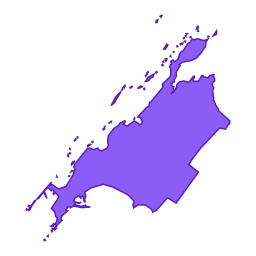 outline of Akraneskaupstaður, Vesturland, Iceland
{"feature_id": "244011B30892314657027", "entity_name": "Akraneskaupstaður", "entity_type": "district", "adm_level": 2, "iso_a3": "ISL", "parent_name": "Iceland", "parent_adm1": "Vesturland", "projection": "mercator", "projection_center": [-22.054, 64.332], "detail": "fine", "context": "isolated", "style": "filled", "palette": "violet", "viewbox_px": 256, "rotation_deg": 0, "n_neighbors": 0, "source": "geoboundaries", "source_scale": "gbopen_adm2", "svg_char_len": 5771}
<svg xmlns="http://www.w3.org/2000/svg" viewBox="0 0 256 256"><path d="M203.0,75.5L201.7,75.7L198.6,81.2L193.5,81.3L192.8,79.7L194.6,77.4L194.2,76.0L193.1,76.6L189.1,82.3L183.7,81.0L179.7,81.8L176.6,84.8L176.8,86.6L174.6,91.3L170.5,94.3L173.9,90.3L173.2,88.7L174.0,86.7L172.3,86.6L171.2,84.1L172.2,83.8L172.5,82.1L174.2,82.0L174.4,79.4L176.5,76.1L176.1,72.4L176.5,71.3L178.8,67.9L179.0,66.6L180.3,65.5L179.3,64.5L182.8,62.0L191.0,60.6L196.1,58.3L201.1,52.9L205.6,46.1L206.0,41.8L207.8,39.2L203.9,40.5L197.3,38.7L194.4,39.7L191.8,39.1L190.3,42.1L187.8,43.7L183.1,51.0L181.2,51.6L179.2,54.8L179.6,55.0L178.3,58.3L176.8,60.3L174.3,61.7L173.0,60.0L170.8,61.4L171.5,63.1L171.4,64.2L170.6,64.4L169.5,66.8L170.6,68.5L170.8,70.7L170.8,74.4L170.1,76.8L162.7,83.8L162.4,84.6L163.0,87.2L151.2,101.5L149.5,102.5L149.0,105.9L146.3,107.8L137.7,117.0L140.9,117.8L141.4,120.4L142.6,121.4L141.3,124.1L138.8,124.9L138.7,123.7L134.4,121.0L126.9,126.1L123.4,124.4L124.9,122.5L125.2,121.2L124.8,120.8L120.0,123.0L119.0,125.1L114.0,128.3L108.2,135.9L107.6,142.7L108.5,145.0L106.9,148.2L102.0,150.8L99.5,150.4L97.9,148.1L93.4,149.6L89.5,148.1L86.8,149.1L74.4,164.7L73.8,167.2L75.1,169.1L72.9,175.3L66.0,186.4L59.2,188.8L56.0,187.6L52.5,184.6L49.6,185.5L51.3,182.7L51.0,182.5L36.8,199.2L38.6,198.4L43.4,192.0L47.0,198.4L44.2,191.2L47.2,188.1L48.9,188.4L51.2,190.7L52.2,189.5L53.4,190.3L54.6,192.2L53.1,193.6L53.5,194.4L55.6,192.9L58.2,195.9L58.7,196.9L57.0,200.1L51.3,208.5L54.9,212.1L55.6,216.2L57.3,217.9L56.6,221.9L54.7,224.0L56.2,226.1L61.9,220.4L61.1,219.8L60.9,218.2L62.1,215.9L67.5,210.8L66.2,210.8L66.1,209.5L68.0,206.8L69.9,206.9L70.3,207.8L73.5,206.0L81.7,207.6L90.4,207.0L86.1,206.6L85.6,205.1L81.1,206.4L74.4,204.5L75.4,202.5L79.2,203.4L81.2,202.2L79.1,202.9L73.8,201.6L74.7,198.1L79.0,195.6L81.2,198.7L80.7,196.5L82.9,196.2L84.2,201.8L85.0,201.7L84.7,198.7L85.8,196.6L84.7,192.1L91.3,187.8L103.3,184.3L113.0,187.1L128.1,194.9L133.9,201.0L134.0,203.0L132.9,204.5L133.7,207.9L137.9,204.9L145.1,204.9L151.3,209.0L152.7,212.0L156.4,210.3L167.5,197.8L176.1,203.1L198.4,172.1L188.8,164.6L192.9,158.2L200.7,148.0L219.6,128.0L225.5,129.2L228.2,124.7L229.7,123.8L229.8,120.9L218.9,111.1L218.2,108.6L215.6,105.0L214.3,101.0L213.3,100.1L213.7,98.3L212.6,91.2L213.7,87.8L212.0,84.7L213.4,81.8L214.7,81.0L214.6,78.4L213.5,77.4L213.9,74.7L209.8,75.3L208.2,77.9L203.2,76.6L203.0,75.5ZM111.1,105.6L114.3,102.8L121.2,91.3L115.7,96.9L111.1,105.6ZM145.6,81.4L148.7,80.7L150.5,78.1L152.9,77.0L154.0,74.0L148.1,77.3L145.6,81.4ZM29.7,210.0L31.9,205.6L35.9,200.1L34.7,200.6L28.6,209.4L28.6,210.5L29.7,210.0ZM165.2,49.2L167.4,46.0L167.8,44.6L166.9,44.2L163.7,49.0L165.2,49.2ZM213.1,35.8L216.2,34.5L216.7,32.5L216.5,30.8L213.1,35.8ZM142.3,86.8L140.5,85.9L138.0,88.1L138.6,88.4L142.3,86.8ZM55.4,228.5L56.6,226.6L55.9,226.3L53.7,228.9L54.4,229.9L56.1,228.7L55.4,228.5ZM71.6,164.9L74.5,161.6L74.3,161.1L72.5,162.0L71.4,164.1L71.6,164.9ZM157.0,22.5L157.8,19.7L156.4,20.4L155.8,22.5L157.0,22.5ZM197.9,28.5L198.4,27.1L198.2,26.2L197.4,26.6L196.4,29.1L197.9,28.5ZM90.4,144.5L88.5,144.5L87.5,146.0L87.7,146.7L90.4,144.5ZM124.2,87.9L125.2,85.8L125.0,85.3L122.9,87.7L124.2,87.9ZM75.6,140.1L76.2,138.1L74.2,140.6L74.4,140.8L75.6,140.1ZM161.0,17.3L162.0,15.5L161.4,15.4L160.0,16.3L161.0,17.3ZM131.6,87.7L132.1,86.5L130.0,87.3L130.2,88.0L131.6,87.7ZM71.1,171.9L73.1,170.7L71.9,170.5L71.1,171.9ZM45.5,240.3L44.9,239.3L43.9,239.8L44.3,240.6L45.5,240.3ZM163.2,65.4L162.6,64.3L161.8,64.9L162.4,65.8L163.2,65.4ZM52.4,231.2L52.1,230.2L51.4,230.5L51.9,231.9L52.4,231.2ZM157.1,72.2L156.3,71.5L155.8,72.7L156.3,73.0L157.1,72.2ZM198.6,30.9L198.0,30.1L197.5,31.2L198.1,31.5L198.6,30.9ZM173.8,52.3L174.3,51.0L173.3,52.1L173.8,52.3ZM68.2,176.9L69.5,175.9L69.0,175.8L68.2,176.9ZM29.7,205.7L28.4,205.6L28.3,206.4L28.8,206.6L29.7,205.7ZM186.7,34.4L187.3,33.7L186.2,33.7L186.7,34.4ZM134.8,118.6L134.5,117.9L133.8,119.1L134.1,119.4L134.8,118.6ZM48.1,236.7L48.1,235.5L47.3,236.4L48.1,236.7ZM93.1,142.2L92.8,141.3L92.0,141.7L92.6,142.6L93.1,142.2ZM104.0,129.5L103.8,128.5L103.0,128.9L103.5,129.9L104.0,129.5ZM184.4,38.4L184.4,37.6L183.6,37.9L183.6,38.6L184.4,38.4ZM27.2,209.5L26.6,208.9L26.2,209.9L26.6,210.1L27.2,209.5ZM182.4,44.1L182.8,43.1L181.8,43.3L182.4,44.1ZM108.4,123.6L109.5,122.9L109.8,122.4L108.4,123.6ZM68.6,156.3L68.2,155.5L67.7,155.8L68.2,156.7L68.6,156.3ZM177.9,46.4L177.0,45.9L176.7,46.5L177.4,46.8L177.9,46.4ZM163.9,61.9L163.6,61.2L162.8,61.8L163.3,62.3L163.9,61.9ZM122.7,89.5L122.4,88.8L121.7,90.0L122.1,90.2L122.7,89.5ZM181.0,44.3L180.8,43.7L180.1,44.0L180.5,44.7L181.0,44.3ZM111.1,122.3L111.4,121.3L110.5,121.5L111.1,122.3ZM70.5,153.2L69.8,152.8L69.4,153.5L70.1,153.8L70.5,153.2ZM191.1,37.3L190.8,36.6L190.0,37.1L190.8,37.7L191.1,37.3ZM165.4,59.6L165.9,58.7L165.0,58.9L165.4,59.6ZM208.9,36.6L208.1,36.2L207.9,37.1L208.3,37.3L208.9,36.6ZM53.6,226.0L53.3,225.5L52.6,225.7L53.0,226.5L53.6,226.0ZM166.8,59.7L167.4,58.5L166.4,59.2L166.8,59.7ZM144.6,89.5L144.5,88.3L143.7,88.9L144.2,89.6L144.6,89.5ZM53.2,229.4L52.4,228.6L52.1,228.9L52.4,229.4L53.2,229.4ZM185.6,41.2L185.0,41.0L184.5,41.5L185.2,42.0L185.6,41.2ZM165.9,61.3L166.3,60.5L165.5,60.7L165.9,61.3ZM70.5,149.0L69.8,148.4L69.6,149.0L70.2,149.4L70.5,149.0ZM147.3,74.2L146.9,73.3L146.6,74.1L146.9,74.4L147.3,74.2ZM146.3,75.8L146.0,75.2L145.5,75.6L145.7,76.3L146.3,75.8ZM53.8,224.5L53.3,223.8L53.0,224.5L53.4,224.9L53.8,224.5ZM185.9,36.4L186.0,35.3L185.3,35.8L185.9,36.4ZM51.1,226.6L51.4,225.8L50.6,226.2L51.1,226.6ZM57.2,177.0L56.7,176.1L56.5,176.9L57.2,177.0ZM148.4,72.3L148.2,71.7L147.6,72.1L147.9,72.7L148.4,72.3ZM104.7,127.6L104.8,126.5L104.3,126.8L104.7,127.6ZM68.2,155.1L68.6,154.2L67.9,154.3L68.2,155.1ZM170.9,56.6L170.7,55.7L170.2,56.3L170.9,56.6ZM77.9,137.6L77.7,136.9L77.1,137.2L77.4,137.9L77.9,137.6Z" fill="#8b5cf6" stroke="#5b21b6" stroke-width="1.5"/></svg>